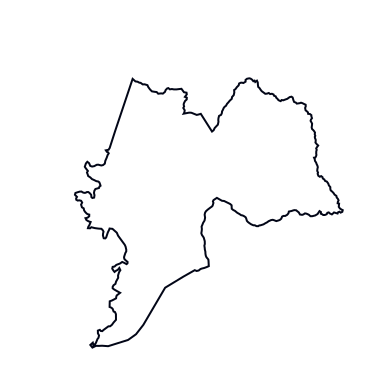 the district of Talismã, Tocantins, Brazil, rotated 164°
{"feature_id": "56859067B11733116520927", "entity_name": "Talismã", "entity_type": "district", "adm_level": 2, "iso_a3": "BRA", "parent_name": "Brazil", "parent_adm1": "Tocantins", "projection": "orthographic", "projection_center": [-49.065, -12.67], "detail": "fine", "context": "isolated", "style": "outline", "palette": "ink", "viewbox_px": 384, "rotation_deg": 164, "n_neighbors": 0, "source": "geoboundaries", "source_scale": "gbopen_adm2", "svg_char_len": 5988}
<svg xmlns="http://www.w3.org/2000/svg" viewBox="0 0 384 384"><g transform="rotate(164 192 192)"><path d="M63.7,131.9L62.4,132.5L61.1,133.2L58.0,131.2L57.2,132.2L55.7,132.4L54.8,131.2L53.0,131.5L52.1,133.0L53.3,134.1L54.4,135.5L55.0,137.3L53.8,140.3L55.1,141.0L54.6,142.2L53.4,143.6L53.7,145.3L54.4,146.8L54.3,148.5L55.7,150.2L56.1,151.7L57.1,153.7L58.2,155.3L58.2,156.8L57.7,158.6L58.6,160.6L58.7,162.6L59.5,164.8L61.1,166.1L61.3,167.5L62.5,168.9L62.5,170.4L63.5,171.7L64.9,171.4L66.1,172.8L66.2,174.9L65.5,175.9L65.8,177.8L65.1,179.6L64.2,181.2L64.2,182.8L64.5,184.4L64.6,186.1L65.2,188.0L65.0,189.6L65.2,191.3L64.0,191.1L62.9,192.2L62.2,193.3L62.0,194.8L61.3,196.9L60.5,198.1L60.6,199.7L59.6,200.6L57.9,201.9L58.9,203.6L59.7,205.5L59.0,207.0L58.7,208.3L58.9,209.8L58.8,211.1L58.0,212.0L58.1,213.7L57.4,215.2L57.8,216.7L58.4,218.1L59.2,219.4L59.2,221.0L58.4,222.8L57.7,224.6L58.0,226.1L58.4,227.7L57.7,228.8L56.3,229.9L56.4,231.7L56.1,233.0L57.2,234.5L58.8,235.1L58.6,236.6L59.2,237.7L60.3,239.2L60.1,241.6L59.0,243.1L58.7,244.6L59.9,245.6L61.3,246.9L62.6,247.8L63.9,247.7L65.6,247.9L66.9,248.1L67.5,249.3L69.0,250.4L69.2,252.1L69.2,253.5L69.2,255.1L70.1,256.2L71.9,256.3L73.4,255.8L74.6,255.3L76.5,255.2L79.0,255.0L80.5,255.7L81.7,254.9L82.9,255.8L83.7,256.7L84.2,258.1L85.0,259.3L85.2,260.9L86.6,261.9L86.7,263.2L88.1,264.4L89.9,264.6L90.9,266.0L92.8,265.9L94.5,266.2L95.4,267.4L97.2,269.7L97.8,271.2L98.5,273.4L99.4,274.8L99.1,276.8L98.6,279.2L98.9,281.1L100.9,280.3L101.2,281.8L102.5,281.6L103.2,283.3L104.4,284.8L105.6,285.5L107.9,285.7L109.6,285.0L110.1,283.3L112.6,282.6L114.0,283.4L115.2,283.6L116.8,283.3L117.8,281.6L119.9,280.5L121.9,278.9L123.4,278.4L123.9,276.0L125.2,273.6L127.3,272.3L128.1,270.6L130.5,269.4L132.5,268.0L133.9,267.2L135.6,265.5L137.2,264.9L138.4,264.0L139.7,262.4L140.9,261.2L141.5,259.7L142.7,258.2L145.0,257.7L146.2,255.7L146.9,253.9L147.2,252.2L148.6,249.6L152.5,247.3L154.2,245.4L156.1,244.6L162.0,264.7L163.3,264.7L164.7,264.7L166.2,264.8L170.7,268.3L171.9,268.8L173.1,269.1L176.4,269.4L178.4,269.6L177.4,270.6L176.5,272.6L177.2,275.2L176.0,276.4L176.0,278.1L175.4,279.4L173.6,281.4L171.6,282.4L171.0,284.1L172.6,285.4L170.1,287.3L169.9,289.0L172.2,290.1L173.7,294.1L176.1,294.5L178.6,294.9L181.3,295.7L182.9,296.5L185.0,296.8L186.1,298.4L187.3,298.4L189.2,297.3L190.4,295.7L192.9,294.6L194.5,295.3L197.4,295.8L198.4,297.8L200.5,298.7L202.8,299.8L204.1,302.2L205.1,304.9L205.4,307.0L207.9,308.6L209.7,309.0L211.3,311.1L212.5,311.6L213.9,313.0L215.9,313.9L217.9,317.1L249.0,271.9L252.5,266.7L259.0,257.0L260.6,255.6L263.3,255.8L262.7,254.0L261.7,253.3L261.4,252.1L262.9,250.8L264.6,248.4L265.6,247.2L266.7,245.9L268.0,243.3L270.1,242.4L271.9,242.5L274.6,244.1L275.9,244.4L277.1,244.2L278.8,243.8L281.0,244.0L282.6,245.1L283.0,248.1L284.3,249.9L286.1,248.7L288.1,245.8L287.6,244.2L286.3,240.9L287.6,239.7L287.4,237.3L287.4,236.0L285.7,234.0L284.6,232.0L282.7,230.4L281.0,228.8L279.2,227.9L278.4,226.8L278.2,224.6L278.2,223.2L279.4,222.8L280.3,221.5L282.3,221.5L284.0,221.5L285.5,220.1L286.5,218.1L286.6,215.8L287.6,213.6L289.4,213.7L290.1,214.8L289.7,217.1L290.8,219.4L291.8,220.6L293.1,220.9L294.5,220.6L295.9,220.9L297.2,221.8L298.1,222.9L299.8,223.3L302.1,223.3L304.3,223.2L305.3,221.6L303.9,219.0L305.1,217.9L305.4,216.5L304.3,215.3L302.5,215.0L301.0,214.1L300.5,212.1L302.1,210.4L302.0,207.6L300.6,206.1L300.8,204.4L300.4,202.7L299.3,200.5L298.5,199.5L297.0,198.6L297.5,197.0L299.5,196.1L301.6,196.2L301.2,194.1L299.5,192.3L297.7,191.1L300.0,188.2L301.2,187.2L302.0,185.9L299.9,185.2L298.5,185.9L295.4,184.1L292.0,182.6L289.2,181.6L288.2,179.6L288.0,178.2L288.9,176.7L289.6,174.8L289.6,171.9L288.2,171.3L287.1,171.9L284.0,176.4L282.0,178.6L281.3,179.6L278.6,178.5L275.5,173.6L275.1,170.4L272.9,164.4L271.2,159.8L270.9,157.8L271.1,154.6L271.6,153.0L272.9,151.7L274.6,149.2L275.3,148.1L275.5,146.4L274.9,145.1L273.2,142.5L273.7,141.2L274.8,140.7L276.8,142.7L278.4,144.0L281.0,143.1L284.8,142.8L287.0,141.7L288.9,141.9L289.8,140.3L289.2,138.2L288.5,136.5L286.6,137.3L284.8,137.6L282.8,139.0L282.4,136.6L284.3,134.9L286.1,132.1L286.6,129.9L289.7,126.8L290.9,124.8L293.1,124.0L294.4,122.7L294.8,121.3L293.8,119.9L291.7,117.7L288.9,114.9L292.9,113.3L293.7,112.1L294.3,110.7L298.7,109.8L301.2,109.6L302.9,104.2L301.3,102.9L300.5,101.6L300.3,98.7L299.1,97.8L298.8,95.5L300.3,90.1L303.3,88.2L305.6,86.4L307.7,85.5L309.4,85.9L315.0,83.8L316.6,83.0L317.9,83.5L318.6,84.9L320.7,84.7L321.4,82.1L320.9,79.7L322.1,77.6L323.4,76.7L325.9,73.5L326.9,72.6L329.0,72.1L328.9,74.5L331.9,73.0L330.6,69.9L326.7,70.6L324.2,69.8L320.8,69.0L315.1,66.9L294.2,67.4L285.0,70.7L275.4,77.7L244.2,107.4L223.7,113.0L210.9,116.1L209.3,114.8L207.2,114.7L205.1,115.6L203.4,115.7L201.2,115.6L198.4,115.8L196.3,116.1L195.2,120.9L194.9,122.6L196.1,125.3L196.3,126.9L196.1,128.9L195.6,131.0L195.5,133.2L195.2,134.7L194.9,137.0L194.0,138.5L193.3,141.2L193.3,145.0L194.3,148.0L194.4,149.8L193.4,151.9L192.7,153.7L192.3,156.1L191.0,157.7L189.8,159.3L187.8,161.1L186.5,163.7L186.1,166.7L185.2,168.4L184.0,169.6L181.8,170.7L178.5,172.0L177.2,172.4L176.0,173.1L174.4,175.6L174.5,177.2L173.5,178.3L169.7,179.5L165.6,175.3L163.6,174.5L161.3,172.4L159.4,170.7L158.5,169.8L157.6,168.3L158.0,166.7L158.4,164.9L157.4,163.4L155.9,162.0L154.2,159.5L152.4,157.7L151.2,156.2L149.8,155.5L148.4,154.2L147.4,152.9L147.2,151.6L147.2,149.2L146.6,147.9L145.6,146.5L144.1,144.7L142.2,143.1L140.8,142.7L139.4,141.4L137.8,140.9L136.6,141.3L135.3,141.1L132.1,141.2L130.4,141.7L128.0,142.2L126.5,142.8L123.7,143.2L122.0,143.0L120.8,142.2L119.0,140.8L117.2,140.8L115.4,140.9L113.6,141.7L112.2,143.5L110.8,143.8L109.1,143.3L106.9,143.8L105.2,144.9L104.3,146.5L101.5,146.3L100.2,146.4L98.7,146.4L96.9,145.7L96.1,144.5L95.0,143.0L94.4,140.6L92.5,139.7L91.2,139.7L89.3,140.3L87.9,139.6L86.0,138.0L84.8,136.1L83.0,135.6L80.0,135.5L77.4,136.2L74.7,138.5L73.6,137.2L74.1,135.6L73.0,134.7L72.2,133.7L70.6,133.3L68.7,133.5L67.6,134.7L66.2,134.7L65.5,133.5L63.7,131.9Z" fill="none" stroke="#020617" stroke-width="2"/></g></svg>